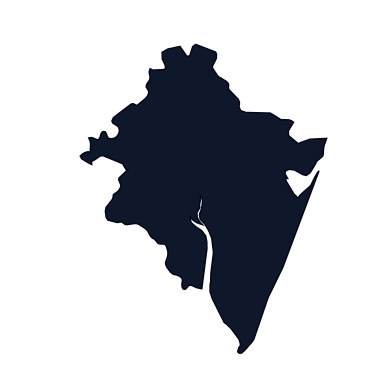 Gironde, Albers equal-area conic projection, rotated 195°
{"feature_id": "FRA-5295", "entity_name": "Gironde", "entity_type": "Metropolitan department", "adm_level": 1, "iso_a3": "FRA", "parent_name": "France", "parent_adm1": "", "projection": "albers", "projection_center": [-0.442, 44.886], "detail": "fine", "context": "isolated", "style": "filled", "palette": "ink", "viewbox_px": 384, "rotation_deg": 195, "n_neighbors": 0, "source": "natural_earth", "source_scale": "10m", "svg_char_len": 3244}
<svg xmlns="http://www.w3.org/2000/svg" viewBox="0 0 384 384"><g transform="rotate(195 192 192)"><path d="M75.8,278.6L76.5,271.1L76.2,268.0L75.0,262.1L75.1,260.3L79.1,254.6L79.7,253.3L80.1,250.8L82.9,241.2L85.9,237.6L89.6,237.5L98.6,239.8L103.9,239.1L106.9,236.9L107.0,233.8L103.3,229.9L105.3,229.9L103.9,226.9L92.8,216.2L91.2,215.5L90.5,215.1L89.9,214.5L89.2,214.0L88.2,214.1L87.5,214.7L87.3,215.6L87.1,216.5L86.7,216.8L85.7,218.7L79.0,228.9L77.2,238.1L75.8,243.1L74.8,245.4L84.8,142.6L91.2,109.7L94.2,65.7L95.2,62.7L100.2,52.6L102.4,49.3L104.7,48.5L106.3,49.3L106.6,50.2L106.5,51.8L106.4,54.1L106.0,54.8L105.7,55.9L105.7,57.0L106.1,58.1L107.6,60.6L108.9,62.3L118.6,70.0L124.8,73.5L127.0,74.2L144.7,94.1L148.7,100.3L150.4,106.6L150.8,110.7L152.7,118.5L155.4,137.9L156.0,140.2L160.9,152.4L165.9,159.0L171.5,164.5L176.2,167.3L177.5,168.8L178.7,171.4L179.0,173.3L178.5,176.6L178.7,181.0L179.3,185.3L180.6,188.7L182.6,190.2L182.0,187.4L181.4,181.4L180.5,178.9L181.9,173.2L180.3,168.7L177.0,165.4L173.5,163.2L178.1,163.4L181.9,164.3L185.3,166.0L188.6,168.8L184.9,162.2L179.0,159.3L172.7,157.2L167.4,153.1L164.8,147.6L162.9,141.0L157.5,101.1L162.7,100.8L167.9,101.7L169.2,101.7L170.4,101.1L171.2,100.2L171.9,99.0L172.4,97.7L173.1,96.6L174.2,96.0L175.5,96.1L176.8,97.5L177.5,99.0L177.9,100.5L178.4,104.6L179.4,106.0L181.1,107.1L184.2,107.8L186.3,107.9L188.0,107.7L189.9,108.1L192.3,109.3L196.4,112.5L198.1,114.5L199.1,116.3L199.3,117.7L198.9,122.0L198.9,123.5L199.0,124.9L199.3,126.3L199.7,127.7L200.3,129.1L202.2,132.2L203.3,133.6L204.2,134.2L205.7,134.5L209.7,133.5L211.4,133.6L216.0,136.8L218.3,137.2L220.4,138.5L221.8,139.7L224.4,142.7L226.0,143.8L228.0,144.8L235.7,147.2L237.7,147.1L239.9,146.5L246.0,143.8L248.2,143.4L252.3,145.0L256.3,143.2L265.9,143.1L268.4,145.4L270.7,151.1L271.0,154.9L267.0,164.3L266.8,166.0L267.2,168.9L266.5,170.2L264.8,171.8L263.5,173.9L262.5,176.4L262.2,179.4L263.1,181.2L266.0,184.9L266.0,186.8L259.7,197.1L261.6,196.7L262.5,197.8L263.1,198.1L265.7,200.8L266.2,201.4L287.4,204.1L290.1,203.0L294.6,197.6L297.0,195.5L296.0,192.7L298.6,193.1L306.6,195.4L307.4,195.8L308.2,196.8L309.2,197.7L307.6,200.4L305.4,202.5L303.0,203.9L300.6,204.1L302.2,211.7L303.5,214.9L305.7,217.4L303.8,218.4L302.1,218.6L297.1,217.9L296.1,218.3L295.4,219.3L295.0,221.1L294.9,224.8L294.5,226.3L293.4,227.4L291.4,227.7L289.9,226.2L288.5,224.1L287.0,222.5L285.2,222.2L282.9,222.8L280.8,224.0L279.3,225.6L278.1,228.5L277.8,231.4L278.5,234.0L280.4,236.2L286.3,238.1L287.7,239.8L287.1,243.6L274.1,260.4L272.6,261.8L271.2,262.0L268.1,261.3L266.9,262.1L261.0,270.5L259.9,272.9L259.4,275.5L259.8,277.9L260.8,279.2L263.1,281.2L263.7,283.1L263.4,285.1L262.0,289.0L261.9,291.1L262.7,293.3L263.7,295.1L264.5,297.2L264.3,300.2L261.4,299.6L251.2,302.8L249.4,304.6L250.8,307.7L255.0,312.6L257.0,319.2L252.3,323.8L241.3,329.5L231.9,321.6L229.4,323.0L228.9,332.6L226.6,335.5L205.5,333.3L204.0,331.5L203.1,327.3L204.9,318.4L203.9,316.6L196.8,310.4L187.1,307.6L185.0,306.1L184.4,305.0L183.7,301.6L182.9,300.5L171.2,293.4L169.4,290.9L168.6,286.3L166.2,283.3L160.7,282.7L136.8,288.5L124.8,284.9L117.3,286.7L114.7,286.6L112.0,285.6L114.8,275.8L113.2,271.4L101.5,266.0L100.6,267.3L91.7,273.5L75.8,278.6Z" fill="#0f172a" stroke="#020617" stroke-width="1.5"/></g></svg>